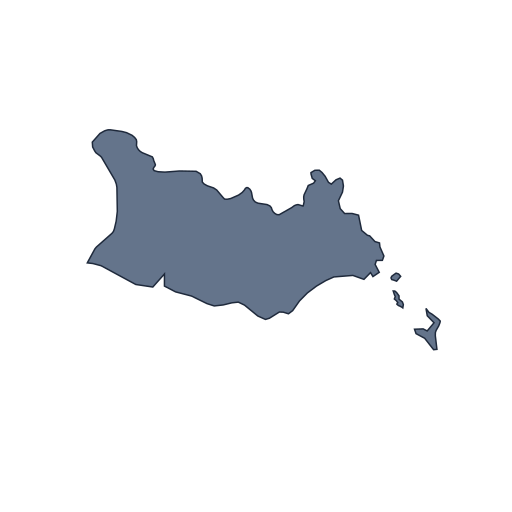 an SVG outline of Larnaca, rotated 40°
{"feature_id": "CYP-3463", "entity_name": "Larnaca", "entity_type": "District", "adm_level": 1, "iso_a3": "CYP", "parent_name": "Cyprus", "parent_adm1": "", "projection": "robinson", "projection_center": [33.519, 34.89], "detail": "fine", "context": "isolated", "style": "filled", "palette": "slate", "viewbox_px": 512, "rotation_deg": 40, "n_neighbors": 0, "source": "natural_earth", "source_scale": "10m", "svg_char_len": 2636}
<svg xmlns="http://www.w3.org/2000/svg" viewBox="0 0 512 512"><g transform="rotate(40 256 256)"><path d="M273.5,142.3L278.0,146.2L281.2,151.5L283.6,160.7L290.1,165.6L296.6,166.5L302.2,161.7L308.3,158.8L320.5,168.5L328.1,168.5L330.1,167.5L337.8,168.5L342.2,166.6L345.1,169.4L354.0,173.8L355.6,178.1L351.1,182.0L352.7,185.9L360.9,189.3L358.8,196.6L354.4,195.1L353.7,204.5L342.7,208.6L329.1,222.0L325.3,229.9L321.7,240.1L319.1,251.3L318.2,262.4L319.2,274.3L318.0,279.4L313.0,281.5L309.9,283.9L306.3,295.0L304.0,298.5L296.0,300.8L278.8,301.0L272.1,302.7L267.6,307.4L262.3,314.6L256.1,321.1L249.0,324.0L232.4,328.1L217.4,335.2L205.2,337.9L197.4,328.6L196.9,346.1L182.2,355.1L143.6,363.0L135.9,366.6L131.2,369.7L130.9,368.4L128.0,354.0L128.0,351.6L131.1,331.1L131.0,328.8L130.1,326.3L126.5,319.2L121.1,311.0L105.4,292.9L102.8,290.7L99.0,288.5L74.3,279.7L72.8,279.5L67.0,279.8L64.9,279.2L60.8,277.5L57.4,274.0L57.7,262.4L59.5,257.6L60.4,256.1L61.6,254.4L63.4,252.9L73.2,246.8L77.6,244.7L83.5,243.2L86.8,243.2L89.5,243.8L91.1,245.1L93.5,248.3L95.4,249.4L97.6,250.1L100.0,250.3L102.4,250.0L112.9,246.7L114.8,247.5L116.4,248.7L119.3,250.2L120.4,250.9L120.8,252.3L120.8,253.9L121.3,255.5L123.1,256.1L126.8,254.4L132.3,250.3L142.8,240.0L155.7,229.6L160.4,228.8L162.8,229.6L164.7,231.0L167.4,233.9L170.0,234.2L173.6,233.5L179.8,231.1L183.5,230.7L193.3,232.4L195.4,232.6L197.4,231.1L199.7,228.2L203.5,220.5L204.6,216.2L204.7,212.9L204.4,211.0L204.8,209.7L205.8,208.9L208.3,208.8L210.3,209.4L211.7,210.2L216.2,213.9L218.2,214.8L220.7,215.1L223.5,214.3L231.4,209.5L234.5,208.7L236.7,209.1L238.4,210.2L240.6,211.1L242.9,211.3L245.3,210.9L247.2,209.5L252.3,195.8L253.0,192.8L253.9,191.1L255.1,189.6L259.9,187.5L259.8,187.0L259.3,186.0L257.9,183.3L256.0,181.7L254.5,180.0L253.5,178.2L251.8,171.7L250.7,168.4L253.3,163.2L253.1,160.2L249.2,160.4L245.4,157.8L244.5,156.8L246.0,152.5L249.3,149.6L252.9,149.6L257.7,150.5L264.2,153.0L267.5,152.5L268.3,146.2L270.3,142.3L273.5,142.3ZM428.5,212.6L424.5,210.2L430.9,204.4L435.3,203.4L435.3,192.7L425.6,191.7L419.9,186.9L424.7,188.0L428.3,187.4L436.1,187.1L438.9,187.4L439.1,187.6L439.8,188.9L440.9,192.1L441.8,197.2L442.6,199.3L444.6,201.8L454.6,211.2L452.3,213.6L438.1,210.6L428.5,212.6ZM387.2,193.6L391.2,194.6L393.3,197.1L395.7,197.1L397.7,197.1L400.1,198.5L401.8,201.4L401.0,201.4L398.5,201.9L396.9,202.4L395.3,202.4L394.8,202.3L394.5,200.5L392.0,200.0L389.6,200.0L388.8,197.6L386.8,196.6L383.6,194.6L384.8,193.6L387.2,193.6ZM376.8,178.1L379.9,178.6L379.9,184.9L377.1,185.9L375.1,186.8L373.5,186.0L373.0,184.3L373.7,181.3L374.3,179.1L376.8,178.1Z" fill="#64748b" stroke="#1e293b" stroke-width="1.5"/></g></svg>